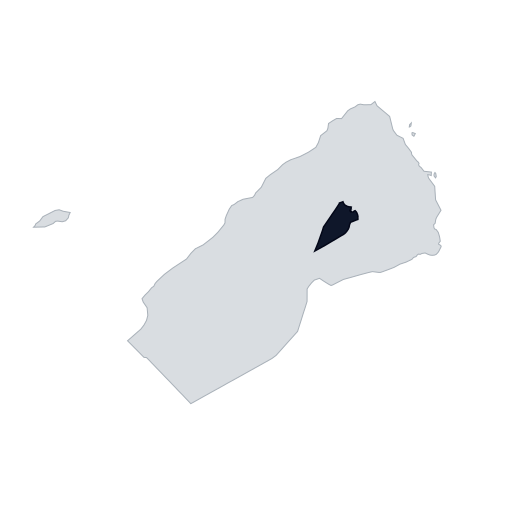 location of Ma'rib, Ma'rib, Yemen, rotated 159°
{"feature_id": "15242507B71405176462371", "entity_name": "Ma'rib", "entity_type": "district", "adm_level": 2, "iso_a3": "YEM", "parent_name": "Yemen", "parent_adm1": "Ma'rib", "projection": "mercator", "projection_center": [45.401, 15.638], "detail": "fine", "context": "in_parent", "style": "filled", "palette": "ink", "viewbox_px": 512, "rotation_deg": 159, "n_neighbors": 0, "source": "geoboundaries", "source_scale": "gbopen_adm2", "svg_char_len": 5287}
<svg xmlns="http://www.w3.org/2000/svg" viewBox="0 0 512 512"><g transform="rotate(159 256 256)"><path d="M406.3,222.9L389.7,229.0L385.3,231.7L381.3,235.1L378.3,239.3L376.2,246.7L377.8,253.4L377.7,257.0L373.4,259.4L369.4,261.1L364.9,263.7L362.2,264.4L360.0,266.5L357.4,267.9L348.1,271.7L338.0,274.6L321.9,278.1L315.7,281.9L310.0,284.5L301.4,285.3L289.6,288.9L283.1,291.8L274.9,296.5L273.1,298.0L271.7,301.4L269.2,304.4L264.2,309.3L260.6,311.8L258.1,311.9L253.3,313.3L247.7,313.6L238.2,311.9L235.7,313.1L233.7,315.0L226.4,318.3L219.0,325.0L213.5,326.8L204.7,328.9L198.5,331.7L194.4,332.8L189.1,333.4L179.2,333.1L169.9,334.1L161.2,336.0L157.1,339.5L152.5,345.2L144.9,347.5L143.1,349.5L140.8,353.7L135.9,354.8L131.4,355.5L126.9,353.6L118.3,358.7L115.1,359.5L110.2,359.7L106.7,360.7L104.2,360.4L101.1,358.5L94.5,356.1L89.6,357.6L89.2,352.9L81.2,338.4L82.8,325.8L82.8,324.0L81.2,318.3L76.5,313.1L76.6,306.6L75.0,301.9L73.7,297.1L74.1,295.8L74.2,294.6L71.8,287.2L71.0,285.7L70.6,284.1L71.5,282.9L71.4,281.5L70.1,279.2L68.8,274.9L62.2,271.5L63.6,268.3L64.8,269.4L66.5,270.4L66.9,268.3L66.9,266.7L64.2,257.0L68.2,244.1L66.9,232.4L73.1,227.7L74.6,226.3L75.5,225.0L77.0,222.4L79.0,221.5L79.7,218.7L79.6,217.3L78.3,216.1L77.4,212.8L77.7,208.6L78.0,206.9L78.7,203.7L80.8,202.5L81.3,201.6L79.7,199.6L79.8,198.4L83.5,195.0L84.9,194.0L87.3,192.9L89.2,192.9L91.3,193.5L93.2,194.5L95.1,196.2L97.0,198.2L100.1,198.9L102.1,198.7L103.8,199.6L105.2,199.1L106.8,198.1L109.4,198.2L111.7,197.0L118.2,196.5L124.6,196.8L131.2,195.9L137.7,195.9L144.4,196.0L145.9,196.1L147.3,196.7L152.9,199.7L157.2,200.3L165.7,201.2L174.8,202.0L182.8,202.8L189.5,202.1L195.0,201.5L196.5,201.6L198.2,203.5L201.6,208.0L204.7,212.4L210.2,212.6L213.8,211.0L217.7,208.7L220.1,206.9L222.8,199.9L224.6,195.3L228.7,190.1L232.2,185.8L236.7,180.1L239.2,177.0L244.2,170.7L248.9,168.3L258.1,163.6L267.0,159.0L272.9,156.0L277.9,154.6L286.2,153.4L296.0,152.0L305.8,150.6L316.2,149.1L327.9,147.5L335.9,146.3L346.0,144.9L354.5,143.7L362.0,142.6L369.8,141.5L371.2,145.0L372.7,148.5L374.1,152.0L375.6,155.4L377.1,158.9L378.5,162.4L380.0,165.9L381.4,169.3L382.9,172.8L384.4,176.3L385.8,179.7L387.3,183.2L388.8,186.7L390.2,190.1L391.7,193.6L393.1,197.0L394.6,200.4L396.9,201.5L398.3,204.7L400.3,209.3L402.3,213.8L404.3,218.4L406.3,222.9ZM428.7,359.7L430.7,360.2L433.8,359.0L442.7,358.8L453.4,362.6L451.3,363.6L450.1,364.9L445.4,366.2L440.8,369.1L427.2,370.5L423.2,369.7L420.0,366.9L413.9,363.2L416.3,360.9L416.8,359.9L417.7,358.8L421.1,357.1L424.6,357.4L428.7,359.7ZM66.5,314.5L66.1,315.2L65.5,315.1L63.4,313.2L65.7,311.2L66.9,313.1L66.5,314.5ZM60.0,269.1L59.0,269.8L58.6,268.5L59.3,265.5L60.4,264.6L61.1,266.9L60.7,268.1L60.0,269.1ZM65.5,323.6L63.3,324.6L64.8,321.9L66.3,321.4L66.7,321.5L65.5,323.6Z" fill="#d9dde1" stroke="#a8b0b8" stroke-width="1"/><path d="M147.8,253.6L147.7,253.8L147.6,254.0L147.6,254.3L147.5,254.5L147.4,254.6L147.3,254.8L147.3,255.0L147.2,255.1L147.2,255.3L147.1,255.5L147.0,255.9L146.9,256.0L146.8,256.3L146.8,256.5L146.7,256.5L146.7,256.8L146.6,257.0L146.5,257.3L146.4,257.5L146.4,257.8L146.4,258.0L146.4,258.3L146.4,258.5L146.4,258.8L146.4,259.0L146.4,259.3L146.4,259.5L146.4,259.8L146.4,260.0L146.4,260.3L146.5,260.5L146.5,260.8L146.6,261.0L146.6,261.3L146.7,261.5L146.8,261.7L146.8,261.8L146.9,262.0L147.0,262.1L147.0,262.3L147.1,262.5L147.2,262.8L147.3,262.8L147.5,262.8L147.8,262.8L148.0,262.8L148.4,262.7L148.6,262.7L149.0,262.5L149.1,262.4L149.3,262.3L149.5,262.3L149.8,262.3L150.1,262.4L150.2,262.5L150.4,262.6L150.6,262.7L150.7,262.8L150.8,262.9L150.8,263.0L151.0,263.3L151.3,263.4L151.5,263.4L151.5,263.5L151.8,263.5L151.8,264.0L152.0,264.3L152.1,264.5L152.0,265.0L151.9,265.0L151.8,264.9L151.7,264.9L151.6,265.0L151.2,264.9L151.2,265.0L151.3,265.1L151.3,265.3L151.2,265.4L151.0,265.5L150.9,265.5L150.8,265.8L150.7,265.8L150.7,265.7L150.6,265.8L150.6,266.0L150.4,266.2L150.2,266.1L150.2,266.3L150.2,266.6L150.2,266.8L150.0,267.0L149.9,267.1L149.8,267.3L149.7,267.3L149.5,267.5L149.8,267.8L150.0,267.8L150.3,268.0L150.5,268.0L150.8,268.2L151.0,268.3L151.3,268.4L151.4,268.5L151.5,268.6L151.8,268.8L152.0,268.9L152.1,269.0L152.3,269.1L152.5,269.3L152.8,269.5L153.0,269.7L153.1,269.8L153.3,269.9L153.3,270.0L153.5,270.2L153.6,270.3L153.7,270.5L153.8,270.5L154.0,270.7L154.0,270.8L154.2,271.0L154.3,271.1L154.4,271.3L154.5,271.3L154.6,271.5L154.7,271.8L154.8,271.9L154.8,272.0L155.0,272.3L155.0,272.5L155.1,272.8L155.2,273.0L155.2,273.3L155.3,273.5L155.3,273.8L155.4,274.0L155.4,274.3L155.4,274.5L155.5,274.7L155.5,274.8L155.4,275.5L155.9,275.5L156.8,275.5L159.1,275.6L159.2,275.3L159.3,275.2L160.6,274.2L162.1,273.1L165.7,270.5L166.9,269.7L170.0,267.6L172.1,266.1L177.9,262.1L181.2,259.8L182.3,259.1L182.6,258.8L182.7,258.7L184.6,256.2L187.3,253.0L188.1,252.1L190.3,249.5L192.5,246.9L192.8,246.6L192.9,246.4L199.3,239.6L187.2,241.3L182.1,242.2L172.6,243.8L171.0,244.1L168.1,244.6L167.6,244.6L166.6,244.8L165.9,245.0L165.4,245.1L164.9,245.3L164.4,245.5L163.9,245.7L163.7,245.9L163.2,246.1L162.5,246.5L161.7,247.0L160.9,247.6L160.4,247.9L160.1,248.2L159.0,249.3L158.2,250.5L157.6,251.5L157.1,252.1L157.0,252.3L156.9,252.3L156.5,252.7L156.2,253.1L155.9,253.3L155.7,253.5L155.4,253.6L155.0,253.6L154.6,253.6L153.5,253.6L149.0,253.7L147.8,253.6L147.8,253.6Z" fill="#0f172a" stroke="#020617" stroke-width="1.5"/></g></svg>